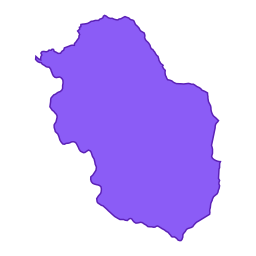 the district of Morro Agudo, São Paulo, Brazil
{"feature_id": "56859067B75042481865751", "entity_name": "Morro Agudo", "entity_type": "district", "adm_level": 2, "iso_a3": "BRA", "parent_name": "Brazil", "parent_adm1": "São Paulo", "projection": "mercator", "projection_center": [-48.177, -20.691], "detail": "fine", "context": "isolated", "style": "filled", "palette": "violet", "viewbox_px": 256, "rotation_deg": 0, "n_neighbors": 0, "source": "geoboundaries", "source_scale": "gbopen_adm2", "svg_char_len": 4055}
<svg xmlns="http://www.w3.org/2000/svg" viewBox="0 0 256 256"><path d="M52.5,74.2L53.4,75.9L54.8,77.2L56.3,77.6L59.6,77.0L61.0,77.7L62.0,78.7L62.9,80.2L63.1,83.0L62.6,85.6L62.6,88.4L61.9,90.0L60.3,91.5L58.3,92.2L57.0,93.0L55.5,94.2L53.9,94.8L52.4,96.4L51.0,98.1L50.7,99.5L50.6,101.8L49.9,106.8L51.4,109.0L52.3,110.3L53.7,111.2L55.1,113.0L56.2,114.1L57.0,115.6L57.1,117.3L56.7,118.9L56.4,120.3L55.9,122.1L54.8,123.6L54.1,125.0L54.2,127.6L54.9,129.8L55.3,131.6L57.8,134.0L58.8,136.3L59.4,138.2L59.8,139.7L60.6,141.2L61.4,142.4L62.8,144.0L64.6,144.2L66.0,143.4L68.3,143.2L69.8,142.8L71.5,141.9L73.3,141.7L74.8,142.1L76.2,143.2L77.0,144.7L78.2,147.0L79.2,149.4L80.5,151.2L82.0,152.0L83.5,152.7L84.9,152.5L88.4,150.1L90.4,151.0L91.2,152.4L92.5,156.4L94.1,159.0L94.5,160.7L94.9,162.3L95.2,164.2L96.4,167.1L96.0,170.1L95.3,171.3L93.8,173.6L92.7,175.2L90.8,176.9L90.7,179.5L91.3,181.6L92.6,183.2L94.2,184.0L96.3,184.6L98.2,185.0L99.7,185.6L101.0,186.9L101.4,189.0L101.2,191.5L100.8,193.0L99.9,194.3L98.6,195.7L97.8,196.9L96.7,198.6L97.1,201.8L98.0,203.1L99.9,204.3L101.3,205.3L103.0,205.8L106.6,209.0L108.4,210.8L110.2,212.4L112.0,214.1L114.7,216.5L118.3,218.6L120.0,219.5L123.7,219.5L125.2,220.2L127.3,220.5L129.4,218.7L130.8,218.5L131.9,219.1L132.7,220.4L134.2,222.1L135.9,223.1L137.9,222.9L140.6,222.3L142.3,222.6L144.1,223.9L146.2,225.1L147.9,226.6L150.0,226.8L151.7,226.8L153.5,227.2L155.0,227.1L156.2,226.3L157.6,226.0L159.0,226.7L162.1,228.7L164.4,229.9L166.3,231.4L168.1,232.3L169.4,233.9L170.7,235.3L171.5,236.6L172.8,237.0L174.4,236.8L176.7,238.4L178.1,240.1L179.6,240.6L180.9,240.6L182.0,239.4L182.8,237.1L182.9,234.5L184.1,232.8L185.3,231.4L186.3,229.7L187.5,228.7L189.9,227.9L191.2,227.5L192.7,226.7L193.8,225.1L195.3,223.4L196.6,222.2L199.0,220.8L209.6,214.3L209.9,212.4L209.7,211.0L209.8,209.5L210.3,207.7L210.5,205.7L210.8,203.5L211.5,201.7L212.1,200.5L212.5,198.9L213.6,196.7L215.0,195.5L217.1,193.8L218.0,192.0L218.3,190.3L219.1,188.4L219.6,185.7L218.9,184.0L219.0,182.3L219.6,180.4L218.5,178.5L219.0,169.2L219.6,167.6L219.6,165.4L219.7,163.3L220.4,161.6L218.9,161.5L217.2,161.1L215.5,160.4L214.0,159.6L212.4,158.2L211.6,156.4L212.5,153.3L212.5,149.2L212.1,147.3L211.5,145.4L215.1,128.0L215.2,126.0L215.7,124.2L216.5,123.0L217.6,121.9L218.5,120.6L215.9,118.0L213.6,116.1L212.8,115.0L211.9,113.1L211.3,111.3L211.0,109.6L210.9,107.6L210.6,105.9L209.3,103.3L208.5,101.7L208.2,99.9L207.9,98.1L207.9,96.4L207.6,95.0L207.5,92.9L205.8,91.9L204.5,91.2L203.2,90.7L201.6,89.9L200.7,88.6L199.0,87.5L196.8,86.5L195.5,85.5L193.4,84.2L191.4,84.2L190.0,83.7L188.4,83.4L186.1,83.7L183.7,84.0L181.3,83.8L178.7,83.7L176.3,83.6L175.1,83.1L173.5,82.3L171.8,80.9L169.9,80.2L167.6,79.7L166.7,78.2L166.2,76.8L165.4,75.3L165.0,72.7L165.2,70.3L163.6,68.7L162.4,66.6L163.1,65.3L160.8,63.5L159.7,61.6L159.0,60.4L158.8,59.1L158.4,57.8L158.0,56.4L156.6,55.3L155.5,53.6L154.6,51.9L153.6,50.8L152.8,49.5L151.3,48.8L150.5,47.1L150.0,45.3L149.3,44.1L148.4,42.8L147.5,41.9L146.4,40.9L145.4,39.6L144.6,37.6L144.9,35.8L144.6,34.2L144.1,32.9L142.8,32.2L140.8,31.0L139.7,29.6L139.1,28.2L137.9,26.8L136.6,25.5L135.5,24.6L134.7,22.8L133.9,20.9L132.8,20.1L131.2,19.8L130.0,19.2L128.8,18.0L126.8,17.3L125.0,16.6L123.5,17.3L122.1,18.1L120.8,18.8L119.1,19.0L117.9,19.9L116.3,19.8L114.1,19.2L112.2,18.3L110.2,18.4L108.2,17.7L106.2,16.1L104.6,15.4L103.4,16.2L102.9,17.8L101.5,18.6L99.7,19.2L98.6,20.4L97.1,20.4L95.3,20.4L92.8,21.2L91.2,21.3L89.4,22.5L87.6,23.4L85.6,23.8L84.2,24.0L82.8,24.1L80.9,24.5L80.8,26.7L79.4,27.3L79.7,29.1L77.6,31.0L78.8,32.6L79.7,34.6L79.0,35.8L78.9,37.8L77.4,39.8L76.0,41.9L74.5,43.5L74.4,45.3L72.0,45.2L70.6,45.5L68.7,46.3L66.5,47.1L64.4,47.9L63.7,50.1L61.9,51.3L60.5,53.3L58.0,53.4L56.5,52.4L54.2,51.4L53.5,49.4L52.1,49.2L51.1,50.3L49.0,50.1L47.9,51.3L46.3,51.8L43.8,51.4L42.1,51.6L40.9,53.1L41.8,55.0L40.9,56.7L40.6,58.5L40.7,59.9L38.8,59.0L37.4,57.8L35.9,56.4L35.6,59.4L36.8,60.8L38.0,61.8L39.7,62.5L41.2,62.7L42.3,64.2L44.6,65.5L45.8,66.5L47.1,67.0L49.2,67.2L50.7,69.2L51.2,70.9L52.0,72.8L52.5,74.2Z" fill="#8b5cf6" stroke="#5b21b6" stroke-width="1.5"/></svg>